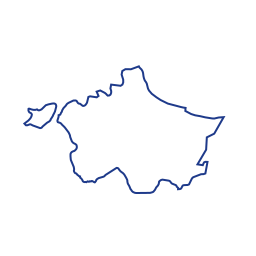 outline of Valencia, rotated 310°
{"feature_id": "ESP-5849", "entity_name": "Valencia", "entity_type": "Autonomous Community", "adm_level": 1, "iso_a3": "ESP", "parent_name": "Spain", "parent_adm1": "", "projection": "natural_earth1", "projection_center": [-1.049, 39.449], "detail": "fine", "context": "isolated", "style": "outline", "palette": "blue", "viewbox_px": 256, "rotation_deg": 310, "n_neighbors": 0, "source": "natural_earth", "source_scale": "10m", "svg_char_len": 3564}
<svg xmlns="http://www.w3.org/2000/svg" viewBox="0 0 256 256"><g transform="rotate(310 128 128)"><path d="M182.2,96.7L181.7,97.9L181.5,100.7L180.8,102.7L179.8,104.2L177.6,106.6L176.3,108.3L175.2,110.3L174.7,112.3L174.1,113.8L171.1,117.9L170.2,120.0L169.5,124.2L169.8,130.0L170.4,135.0L172.3,142.8L178.2,155.3L179.2,157.2L180.4,159.2L179.2,160.0L177.9,161.0L178.4,163.2L179.3,167.4L180.9,171.3L183.4,175.6L185.8,180.3L189.4,186.3L190.7,188.0L194.3,190.7L197.8,194.3L179.1,197.7L171.5,194.4L161.6,201.8L144.8,204.6L147.6,209.2L149.4,208.6L150.7,208.4L151.8,209.0L153.1,210.7L142.9,216.5L141.2,215.5L139.6,213.7L132.2,209.6L130.5,209.4L124.0,211.0L122.7,210.3L120.2,207.6L119.3,207.0L118.4,207.0L116.4,207.5L115.4,207.5L114.7,207.1L113.3,205.7L114.3,205.0L114.4,203.0L114.8,202.4L115.0,201.7L114.9,201.1L113.7,197.5L113.7,196.6L114.1,194.8L114.2,193.9L113.7,192.8L110.6,187.6L109.5,186.8L108.5,186.5L107.6,186.3L106.9,186.3L106.4,186.6L104.9,187.5L103.2,187.9L100.6,187.8L98.0,188.4L95.4,188.4L94.2,187.8L92.5,186.6L83.5,176.1L82.8,175.0L82.2,173.1L82.2,171.9L82.4,170.9L82.7,170.1L82.8,169.3L83.2,168.5L84.1,166.8L84.5,165.9L85.1,164.1L85.5,163.3L86.6,161.9L87.3,161.3L87.8,160.6L88.6,158.8L88.9,158.0L89.3,156.9L89.5,156.3L89.8,155.5L90.0,154.7L90.2,153.0L90.1,152.1L90.1,151.2L90.0,150.3L90.3,148.5L90.5,147.6L90.8,146.7L90.7,145.8L90.1,144.9L77.7,141.0L76.7,140.9L75.9,140.9L74.9,140.5L70.7,137.7L68.7,137.1L67.8,137.1L67.3,137.4L66.8,137.5L66.0,137.5L65.4,137.6L65.0,137.5L64.7,136.7L64.6,136.0L64.5,135.3L64.4,134.8L64.1,134.3L63.2,134.0L62.9,133.5L62.8,133.1L62.1,132.9L61.6,132.5L61.4,131.8L61.1,131.3L59.8,131.0L59.3,130.1L58.9,129.8L58.5,129.3L58.3,128.8L58.2,128.2L58.2,127.6L58.7,126.7L59.3,124.7L59.2,123.5L59.4,123.0L59.8,122.6L60.1,122.4L60.0,122.1L59.9,122.0L59.8,121.9L59.6,121.4L59.7,120.4L59.6,119.8L59.6,119.2L59.7,118.7L59.9,118.0L59.9,117.8L59.9,117.7L59.8,117.3L59.6,116.9L59.5,116.6L59.5,116.1L59.6,115.7L60.1,114.5L60.5,114.0L61.3,113.6L62.3,112.7L63.4,111.3L66.7,104.9L67.3,104.2L69.4,102.1L71.1,100.7L71.9,100.4L72.8,100.3L73.6,100.4L75.2,101.1L75.9,101.6L76.8,101.8L78.5,101.9L79.4,101.7L80.2,101.3L80.9,100.7L81.5,100.0L81.9,99.2L81.9,98.1L81.5,96.3L81.4,95.4L81.5,94.5L81.8,93.4L83.9,89.6L85.0,88.3L85.6,87.2L86.4,85.4L87.8,79.3L88.0,77.4L88.1,75.6L88.4,73.8L88.3,72.9L88.1,72.2L87.6,71.1L87.4,70.5L87.7,69.8L88.4,69.1L92.0,67.6L93.2,66.6L94.7,67.5L96.8,66.9L97.7,66.9L99.4,66.2L101.8,65.8L105.1,66.0L106.7,65.8L107.8,65.9L109.3,66.4L113.9,68.5L115.3,70.0L115.7,71.0L115.5,71.9L115.2,72.7L115.0,73.5L115.0,74.3L115.3,75.0L115.7,75.6L115.8,76.4L115.8,77.3L115.8,78.2L115.9,79.1L116.4,79.8L117.2,80.3L118.2,80.6L119.9,80.5L121.1,80.3L126.3,77.7L127.9,78.6L131.4,84.3L133.6,84.8L135.7,80.6L138.9,82.6L140.0,87.7L140.0,89.5L139.8,90.7L139.8,91.7L141.0,92.8L142.4,93.1L144.1,92.5L145.5,91.4L147.0,89.1L150.4,87.2L155.6,95.2L157.7,95.8L159.9,95.0L162.0,93.2L164.8,88.8L168.0,87.0L171.4,88.2L174.9,92.5L182.2,96.7ZM78.7,39.5L79.2,39.7L79.5,40.3L80.1,41.9L80.9,43.5L81.4,44.3L82.0,45.0L82.6,45.6L83.3,46.0L83.8,46.4L83.8,46.9L83.8,47.5L84.1,48.2L84.8,48.9L86.7,49.8L92.6,50.4L95.0,51.9L98.1,54.3L99.3,55.6L99.6,56.4L99.7,57.2L99.4,58.0L98.9,58.7L98.2,59.3L93.8,61.4L91.5,62.0L89.9,62.3L89.3,62.6L87.5,62.9L85.9,63.1L84.9,63.2L84.8,63.3L84.0,63.6L82.5,63.5L80.0,62.6L74.1,61.6L73.1,61.7L72.2,61.4L71.4,60.7L68.7,53.3L68.4,51.9L68.2,51.1L67.8,50.5L65.5,49.2L64.9,48.6L64.5,48.0L64.8,45.8L69.8,46.9L72.7,47.0L74.7,46.6L76.4,45.8L76.9,45.0L77.0,44.1L76.6,42.4L76.9,41.4L77.4,40.5L78.7,39.5Z" fill="none" stroke="#1e3a8a" stroke-width="2"/></g></svg>